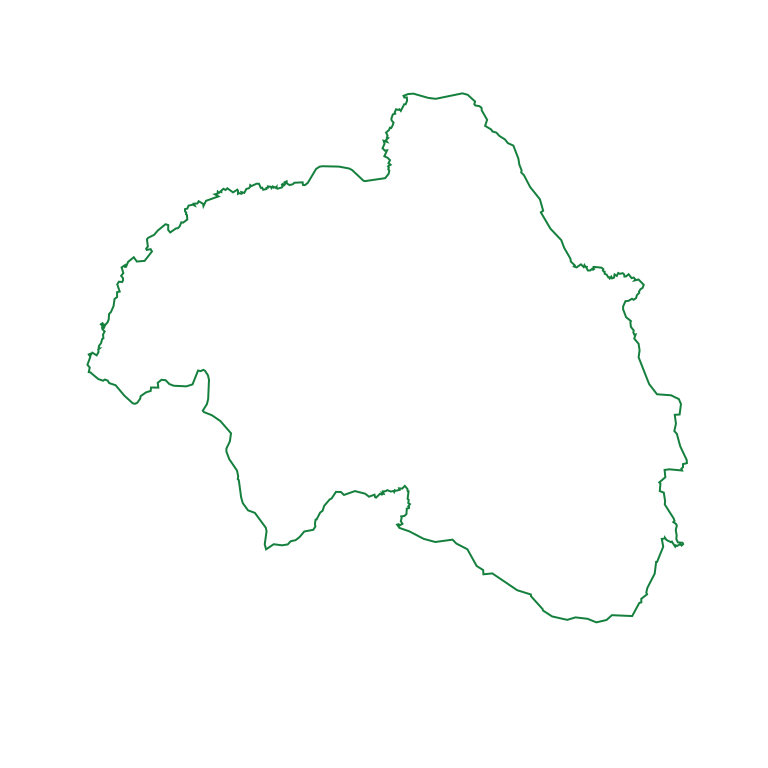 Nong Saeng, Udon Thani, Thailand (Robinson projection), rotated 348°
{"feature_id": "78962969B88250797727132", "entity_name": "Nong Saeng", "entity_type": "district", "adm_level": 2, "iso_a3": "THA", "parent_name": "Thailand", "parent_adm1": "Udon Thani", "projection": "robinson", "projection_center": [102.753, 17.139], "detail": "fine", "context": "isolated", "style": "outline", "palette": "green", "viewbox_px": 768, "rotation_deg": 348, "n_neighbors": 0, "source": "geoboundaries", "source_scale": "gbopen_adm2", "svg_char_len": 6162}
<svg xmlns="http://www.w3.org/2000/svg" viewBox="0 0 768 768"><g transform="rotate(348 384 384)"><path d="M256.5,520.9L260.0,518.4L265.0,518.4L269.7,516.1L275.3,511.7L284.5,511.9L287.2,509.2L287.4,506.2L288.9,502.4L289.9,502.5L294.8,496.5L297.6,495.2L300.1,490.8L306.9,485.6L308.9,485.1L314.6,479.5L319.4,480.7L321.8,484.2L333.3,482.7L342.8,487.4L345.9,491.1L351.7,490.3L351.8,492.9L352.6,493.5L357.2,490.6L358.9,491.7L359.6,491.5L359.3,490.2L360.9,491.2L360.6,488.8L363.4,489.2L365.1,488.5L368.3,490.6L371.2,490.6L371.5,491.7L372.5,490.2L373.1,490.9L377.3,490.8L377.1,489.2L380.0,490.1L383.2,488.0L385.1,491.6L384.9,493.8L385.7,494.1L383.2,501.3L384.1,502.4L383.0,505.5L384.4,506.9L382.3,508.7L383.0,509.7L382.6,510.6L380.4,510.6L378.9,515.9L376.5,517.3L373.3,517.1L373.4,518.7L371.9,521.7L373.0,524.6L370.2,525.5L369.2,524.2L367.6,524.3L369.2,528.0L378.0,533.3L390.6,543.7L401.3,549.2L418.7,550.5L421.6,555.1L431.2,563.0L436.8,581.3L442.3,586.6L441.7,590.8L450.6,591.8L471.4,613.4L483.9,620.4L483.7,622.2L492.3,637.1L492.5,638.7L500.1,646.3L514.2,652.8L522.8,652.1L534.3,656.0L542.2,661.3L552.6,661.1L558.9,657.5L578.5,662.6L588.2,651.2L590.3,651.1L591.0,647.6L597.6,644.4L597.2,642.5L599.2,638.2L609.4,625.7L613.2,614.6L614.1,614.8L623.3,601.2L623.5,593.3L626.5,593.5L626.8,592.7L627.9,595.3L631.8,598.4L632.8,598.0L635.0,603.6L635.9,602.5L636.8,603.4L640.4,602.3L641.5,603.9L643.3,602.8L643.0,601.4L638.5,600.0L637.7,596.3L638.8,592.9L639.0,587.5L641.0,583.4L640.5,581.5L638.3,579.2L639.7,578.3L639.4,575.8L633.6,560.2L634.6,557.1L635.1,548.4L631.5,546.1L633.7,538.8L632.8,537.5L639.8,533.7L640.6,526.4L645.5,526.8L657.6,530.6L657.2,528.8L659.2,527.5L659.8,524.5L663.8,524.4L664.3,521.3L660.8,506.5L660.1,493.7L658.2,490.4L661.3,483.6L662.0,474.6L666.8,475.3L670.3,465.4L669.3,460.1L662.4,454.7L648.9,450.8L643.3,439.1L638.6,410.8L641.0,404.2L641.4,397.6L638.2,391.6L640.5,387.8L639.1,387.7L638.6,385.4L639.4,383.6L637.4,379.5L637.8,374.9L638.6,373.8L634.7,369.0L633.4,360.5L634.1,357.7L637.4,353.2L640.2,353.5L644.3,352.2L645.6,353.5L648.4,352.4L649.9,349.6L652.6,347.9L652.6,346.7L654.6,344.6L656.9,343.8L658.7,341.0L654.7,334.7L650.6,334.8L651.6,334.0L650.4,331.8L648.2,331.9L646.1,327.5L643.1,329.1L641.5,328.9L641.7,326.8L640.5,325.2L637.6,325.3L636.2,324.1L634.2,326.7L632.3,324.8L631.1,327.8L629.0,328.1L628.6,326.2L626.8,327.7L626.4,326.4L624.9,326.4L625.5,326.2L624.5,323.3L622.8,322.1L623.2,320.0L622.2,319.6L621.7,318.3L622.4,317.2L620.9,315.4L613.3,313.0L612.6,314.4L613.3,315.2L612.2,315.7L611.3,314.7L609.3,315.8L607.0,315.3L606.2,312.6L606.7,311.6L605.4,311.3L604.8,309.4L603.6,311.1L601.5,307.9L596.6,310.0L594.2,308.5L595.3,307.7L592.2,303.1L592.4,300.2L588.5,288.1L587.3,280.1L579.1,266.7L573.1,248.7L575.7,247.6L574.9,235.7L567.9,221.7L564.3,208.9L562.2,205.6L563.0,203.6L562.0,197.6L562.3,191.4L560.1,177.7L555.2,174.1L553.2,170.0L548.4,165.3L546.2,161.5L542.4,159.4L541.9,157.5L536.6,152.5L539.8,147.0L536.5,136.7L536.8,134.0L535.0,132.0L531.3,130.6L530.5,129.1L531.8,126.6L526.0,118.5L521.1,116.0L493.9,115.8L486.9,113.4L473.1,106.1L467.9,105.4L463.0,106.2L463.5,108.0L465.9,108.5L465.5,111.7L463.3,114.9L461.9,114.6L457.2,120.4L456.2,118.5L455.1,118.9L452.9,117.8L451.0,120.5L451.2,121.9L448.7,122.1L446.3,126.1L446.3,127.9L447.7,130.2L446.2,132.9L444.3,135.1L443.1,134.5L441.7,136.6L438.3,138.5L439.1,141.8L438.1,143.6L439.2,144.3L436.5,145.9L437.3,147.8L434.2,146.0L434.5,149.1L431.6,153.1L433.3,155.9L435.6,156.1L431.7,161.3L434.5,163.4L436.4,166.3L434.3,169.0L436.0,170.9L433.2,171.9L433.7,173.5L432.8,174.9L433.6,176.3L432.2,179.4L427.9,182.9L407.6,181.6L406.2,180.9L397.3,168.1L394.8,166.0L385.2,162.0L369.1,158.2L366.2,158.0L362.3,159.5L351.3,171.4L348.1,173.0L346.1,172.4L346.3,169.8L338.1,168.5L336.5,169.6L333.0,169.8L330.7,167.6L330.9,165.5L328.8,166.0L329.1,167.5L327.7,168.9L326.5,168.7L326.6,167.3L325.6,167.7L325.8,169.8L325.0,170.5L320.6,170.8L319.7,170.1L319.9,169.0L319.1,169.8L318.3,168.7L316.3,169.3L317.1,168.5L316.3,167.6L314.7,169.0L314.4,167.6L311.6,166.6L311.5,167.8L309.8,167.7L309.5,168.8L306.2,168.9L305.7,166.7L304.3,166.6L303.3,162.1L300.9,161.6L295.6,162.8L294.5,161.7L294.0,163.3L292.6,164.4L289.9,164.6L287.1,168.0L284.6,166.7L284.9,167.9L284.1,168.3L282.0,167.2L280.7,167.6L281.4,164.7L280.9,163.4L276.2,165.2L271.4,160.0L269.3,161.3L267.6,159.7L265.1,161.0L264.8,162.4L263.9,161.8L262.4,162.7L261.4,161.3L260.8,163.2L258.0,163.3L261.1,166.1L248.0,167.8L244.4,172.4L244.5,170.1L240.7,166.7L239.1,168.6L235.4,168.1L235.9,170.1L234.2,168.8L229.9,168.9L228.1,171.5L225.7,171.6L225.3,173.9L226.2,175.3L225.6,176.8L226.4,177.8L225.8,182.2L221.0,184.4L219.4,183.7L216.9,187.3L214.9,188.7L212.8,188.6L206.4,191.3L204.9,188.3L206.0,183.7L203.5,182.3L194.4,187.0L190.2,190.3L183.6,192.0L182.2,193.3L181.6,200.5L179.5,202.1L179.8,203.5L183.8,203.6L184.6,206.1L175.4,213.8L167.7,212.8L165.6,208.0L159.1,211.3L156.0,215.8L155.1,215.6L155.3,213.9L151.6,215.4L152.1,221.3L149.4,223.5L150.7,226.2L150.2,228.5L149.1,229.8L145.9,228.8L143.8,231.1L144.7,238.6L142.0,238.7L141.0,243.5L138.1,244.8L135.7,251.5L131.9,256.8L129.6,258.4L128.2,263.5L126.5,266.1L123.9,268.1L121.9,267.6L121.3,266.0L119.5,266.7L121.0,269.4L122.7,269.5L121.6,271.0L120.0,270.5L120.0,272.1L121.7,274.5L119.5,277.1L119.0,281.0L117.8,281.3L115.7,285.2L113.1,287.5L112.2,290.0L113.1,290.1L111.7,290.9L111.4,293.4L108.9,296.2L105.2,292.7L103.0,294.8L102.9,293.4L101.4,293.7L102.4,296.3L97.9,303.6L99.6,306.7L97.7,311.0L99.1,311.5L105.5,319.7L109.9,322.4L111.8,321.6L114.4,323.2L115.4,326.0L121.2,329.4L127.6,341.4L134.2,350.6L136.2,351.6L138.7,351.1L142.4,347.7L143.4,345.3L149.5,342.7L154.3,342.3L155.4,339.0L162.5,340.6L162.9,335.8L167.3,333.6L171.2,334.9L174.0,339.4L178.0,342.0L190.2,345.2L196.6,344.6L204.9,332.2L207.4,333.3L210.2,332.6L211.7,333.9L213.6,338.9L213.7,343.5L208.9,362.1L206.6,366.9L201.2,372.4L202.0,374.0L209.2,378.8L216.3,386.3L224.1,400.4L221.3,408.1L216.4,414.4L215.8,417.3L217.0,425.3L222.2,438.1L222.2,443.8L221.2,446.8L222.0,447.8L220.7,465.1L221.1,471.1L224.7,479.3L230.9,483.2L238.5,500.0L238.5,503.7L234.0,516.0L234.3,521.2L242.8,517.8L250.8,520.6L256.5,520.9Z" fill="none" stroke="#15803d" stroke-width="2"/></g></svg>